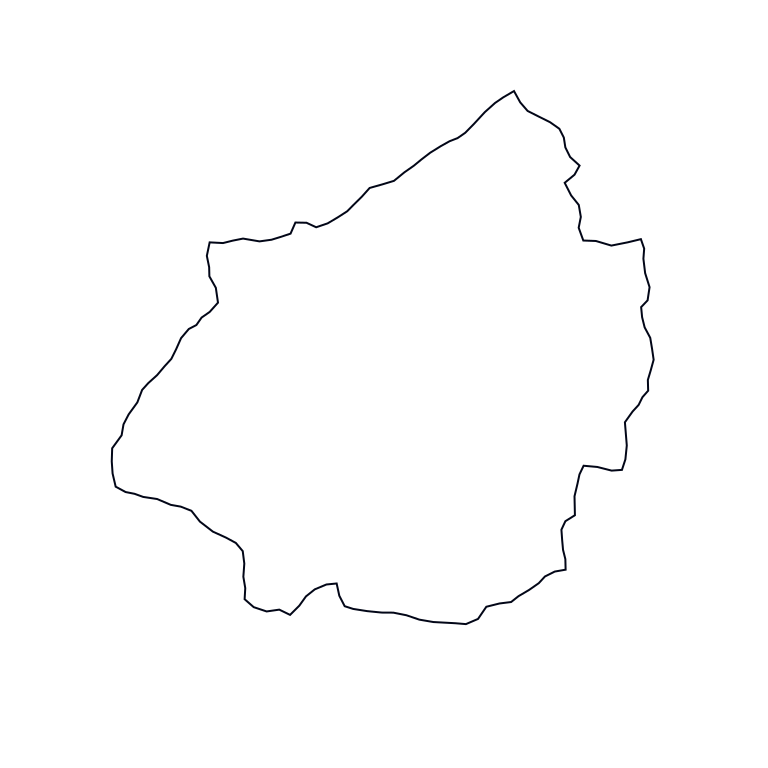 Pedralva, Minas Gerais, Brazil, rotated 346°
{"feature_id": "56859067B80700931197230", "entity_name": "Pedralva", "entity_type": "district", "adm_level": 2, "iso_a3": "BRA", "parent_name": "Brazil", "parent_adm1": "Minas Gerais", "projection": "mercator", "projection_center": [-45.453, -22.248], "detail": "fine", "context": "isolated", "style": "outline", "palette": "ink", "viewbox_px": 768, "rotation_deg": 346, "n_neighbors": 0, "source": "geoboundaries", "source_scale": "gbopen_adm2", "svg_char_len": 2048}
<svg xmlns="http://www.w3.org/2000/svg" viewBox="0 0 768 768"><g transform="rotate(346 384 384)"><path d="M249.1,204.4L243.1,216.8L242.6,228.4L240.6,237.3L244.1,250.0L242.6,264.9L232.3,271.9L223.1,275.4L216.2,281.4L207.9,283.4L198.2,290.4L190.7,300.0L183.7,308.2L175.4,313.7L166.0,320.5L155.5,326.1L147.9,331.2L140.2,342.2L128.9,351.7L121.5,360.1L117.0,370.3L104.7,380.6L101.1,393.3L99.0,405.2L98.8,418.7L107.1,426.3L115.4,430.2L123.0,435.3L136.0,440.7L147.9,449.7L157.1,453.8L166.5,460.5L172.1,473.0L182.3,485.9L193.5,494.8L201.8,502.4L206.5,512.0L205.0,524.5L200.9,537.0L200.0,548.5L196.7,559.1L203.6,569.0L215.1,576.3L227.8,577.6L237.0,585.3L248.2,578.6L256.9,571.2L267.2,566.5L279.6,564.6L289.8,566.1L289.4,578.6L292.1,590.1L299.7,594.8L312.7,600.3L326.4,605.2L337.7,608.1L349.8,613.8L361.3,621.2L374.3,626.9L385.0,630.2L395.1,633.3L405.4,636.8L418.4,634.7L429.4,624.9L443.0,624.9L454.6,626.3L463.2,622.4L475.0,618.9L486.0,614.7L493.6,609.7L504.3,607.3L515.3,608.1L517.6,597.8L517.6,588.2L519.1,578.6L520.9,568.3L526.8,561.0L537.5,557.5L541.7,539.0L547.6,527.6L551.8,519.0L557.9,511.6L570.9,516.1L583.9,523.1L594.1,524.9L600.0,515.5L604.7,502.4L608.5,479.4L618.6,470.8L626.0,465.9L631.6,459.3L638.7,454.4L641.0,443.9L646.1,435.3L651.5,425.7L652.6,414.8L653.5,403.6L650.6,392.1L650.6,381.6L652.1,371.6L660.0,366.6L665.1,354.3L664.2,339.6L666.0,325.2L669.2,315.6L668.3,305.6L654.8,305.5L638.1,304.7L624.2,296.5L612.1,293.0L610.7,279.5L615.4,269.5L616.3,257.4L611.2,246.3L608.0,232.5L619.5,227.0L626.6,219.4L619.5,208.8L617.2,198.3L618.1,188.4L615.9,178.8L608.5,170.2L598.2,161.4L589.4,153.8L584.3,143.7L581.0,131.2L569.1,134.7L559.7,138.2L547.6,144.6L534.2,153.4L523.6,159.9L514.9,163.2L506.4,164.3L496.8,166.9L484.7,170.8L474.4,175.3L465.8,179.4L455.1,183.5L442.8,189.3L430.9,189.9L417.5,190.3L407.8,196.9L397.8,202.8L390.1,207.5L379.8,211.0L368.2,214.5L356.1,215.5L347.8,208.8L337.1,205.9L329.7,215.5L319.0,216.3L309.8,216.8L297.7,215.5L282.4,208.8L271.9,208.3L261.9,208.3L249.1,204.4Z" fill="none" stroke="#020617" stroke-width="2"/></g></svg>